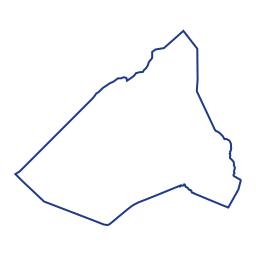 the district of Azacualpa, Santa Bárbara, Honduras
{"feature_id": "27666195B45825573496458", "entity_name": "Azacualpa", "entity_type": "district", "adm_level": 2, "iso_a3": "HND", "parent_name": "Honduras", "parent_adm1": "Santa Bárbara", "projection": "albers", "projection_center": [-88.529, 15.379], "detail": "fine", "context": "isolated", "style": "outline", "palette": "blue", "viewbox_px": 256, "rotation_deg": 0, "n_neighbors": 0, "source": "geoboundaries", "source_scale": "gbopen_adm2", "svg_char_len": 3118}
<svg xmlns="http://www.w3.org/2000/svg" viewBox="0 0 256 256"><path d="M15.4,174.1L22.3,181.0L44.0,201.5L60.4,207.8L84.2,216.9L103.8,224.5L107.1,225.0L107.4,225.1L109.6,224.2L126.7,210.0L131.7,206.1L133.6,204.9L138.2,202.5L146.9,199.1L154.7,196.0L179.3,186.0L179.5,186.2L179.6,186.3L179.8,186.4L179.9,186.5L180.0,186.5L180.3,186.4L180.3,186.2L180.3,185.9L180.4,185.7L180.5,185.5L180.6,185.4L180.8,185.4L181.0,185.3L181.3,185.3L181.5,185.4L181.6,185.5L181.9,185.5L182.0,185.6L182.3,185.6L182.5,185.6L182.8,185.6L183.0,185.6L183.3,185.5L183.4,185.4L183.5,185.3L183.6,185.2L183.9,184.9L184.0,184.7L184.3,184.5L184.3,184.4L184.5,184.4L184.6,184.5L184.8,184.6L184.8,184.8L184.9,185.0L185.0,185.2L185.0,185.3L185.1,185.6L185.2,185.8L185.3,185.9L185.3,186.1L185.4,186.3L185.5,186.4L185.5,186.5L185.8,186.7L185.8,186.8L186.0,186.9L186.2,187.0L186.3,187.0L186.5,187.1L186.8,187.3L187.0,187.4L187.1,187.5L187.3,187.6L187.5,187.7L187.6,187.8L187.8,188.0L188.0,188.3L188.1,188.5L188.4,188.8L188.6,189.1L188.8,189.3L189.0,189.5L189.3,189.7L189.4,189.8L189.5,189.8L189.7,190.0L189.8,190.0L190.0,190.1L190.3,190.1L190.5,190.1L190.8,190.2L191.0,190.3L191.2,190.5L191.3,190.6L191.3,190.8L191.3,191.1L191.4,191.3L191.4,191.5L191.5,191.6L191.5,191.8L191.6,192.0L191.8,192.2L191.8,192.3L191.9,192.5L192.0,192.5L192.3,192.7L192.4,192.8L192.5,192.8L192.8,192.8L193.0,192.8L193.3,192.9L193.4,193.0L193.6,193.0L193.8,193.2L193.9,193.3L194.0,193.3L194.1,193.5L222.8,205.4L228.3,207.5L238.4,189.5L240.6,181.1L240.6,180.0L240.3,179.6L239.5,179.3L237.8,178.3L236.8,177.8L235.8,177.1L234.6,176.5L234.0,176.2L233.5,175.4L233.5,175.0L233.8,174.2L234.3,173.6L234.5,173.2L234.1,172.4L233.9,171.6L234.2,170.8L234.7,168.7L234.9,167.9L234.6,166.9L234.0,165.6L233.8,164.9L234.0,164.0L233.8,162.9L233.7,162.2L233.3,161.5L232.4,160.4L231.4,159.3L230.5,158.6L230.0,158.0L229.9,157.4L230.0,156.5L230.3,155.9L230.3,155.2L230.2,154.8L229.8,154.3L229.7,153.7L230.0,153.3L230.2,153.0L230.1,152.2L230.0,151.6L230.4,151.2L230.8,150.6L230.9,149.6L231.1,148.9L231.3,148.1L231.0,147.4L231.0,146.3L231.1,144.8L230.9,143.7L230.4,142.5L229.8,141.3L229.1,140.4L228.1,139.9L226.9,139.2L226.2,139.0L225.1,139.0L224.5,139.1L223.9,138.3L223.7,137.7L222.7,136.0L222.5,135.9L222.4,135.8L222.3,135.7L222.2,135.6L221.9,135.4L221.7,135.1L221.4,134.8L221.3,134.6L221.1,134.4L220.9,134.2L220.7,134.0L220.7,133.9L220.4,133.7L220.2,133.5L220.0,133.4L219.9,133.3L219.8,133.2L219.6,133.0L219.3,132.8L219.1,132.6L218.8,132.4L218.7,132.3L218.6,132.2L218.4,132.1L218.2,132.0L218.0,131.9L217.9,131.9L217.6,131.7L217.4,131.6L217.1,131.5L216.0,130.9L215.9,130.9L215.7,130.6L215.4,130.4L215.3,130.2L215.1,130.1L215.0,129.9L214.9,129.8L214.8,129.6L196.8,91.2L197.6,79.6L197.3,48.8L183.4,30.9L163.9,48.1L155.5,49.5L152.2,51.9L152.2,55.2L152.2,57.5L151.8,58.5L149.0,61.8L147.6,65.8L145.8,68.5L144.0,70.0L142.9,71.9L141.3,72.1L140.1,72.1L136.1,73.1L134.0,75.8L130.2,78.6L127.0,80.7L126.4,78.0L123.9,77.2L121.1,78.3L118.0,78.3L113.7,81.5L109.6,83.4L102.8,88.0L98.7,92.0L96.2,93.6L94.4,96.2L92.9,98.1L86.2,104.8L22.6,168.5L19.7,171.4L15.4,174.1Z" fill="none" stroke="#1e3a8a" stroke-width="2"/></svg>